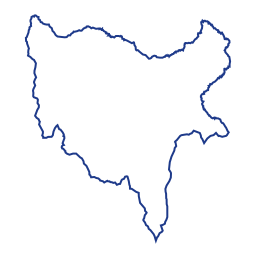 Salamina, Caldas, Colombia
{"feature_id": "7082276B24883943395769", "entity_name": "Salamina", "entity_type": "district", "adm_level": 2, "iso_a3": "COL", "parent_name": "Colombia", "parent_adm1": "Caldas", "projection": "robinson", "projection_center": [-75.386, 5.344], "detail": "fine", "context": "isolated", "style": "outline", "palette": "blue", "viewbox_px": 256, "rotation_deg": 0, "n_neighbors": 0, "source": "geoboundaries", "source_scale": "gbopen_adm2", "svg_char_len": 5683}
<svg xmlns="http://www.w3.org/2000/svg" viewBox="0 0 256 256"><path d="M148.9,58.7L145.6,55.1L142.9,54.5L139.0,51.3L138.4,50.5L137.6,50.1L136.7,50.4L136.2,50.1L135.8,49.3L135.6,46.8L134.5,45.2L134.0,42.5L133.7,42.3L131.9,43.2L127.1,40.6L125.1,39.8L124.1,40.2L123.9,39.0L122.3,38.8L122.3,38.0L121.9,37.2L121.9,36.5L120.8,35.9L120.1,36.5L118.9,36.0L115.9,36.0L114.2,37.5L112.6,36.7L111.6,37.2L110.7,37.1L110.3,36.6L110.6,36.0L110.1,35.4L108.4,35.5L109.1,34.6L109.0,33.9L106.1,33.5L105.9,33.2L106.3,32.4L103.7,31.0L103.0,30.0L102.1,30.0L102.1,28.8L101.2,29.5L100.1,28.5L99.2,29.1L98.9,28.5L96.0,28.8L92.9,27.6L91.3,28.3L90.1,27.2L88.1,26.3L86.7,26.5L86.4,27.4L85.2,27.6L84.8,28.1L83.7,28.4L81.6,30.7L80.2,30.7L79.2,30.2L77.4,31.1L74.3,31.8L73.6,31.6L73.0,32.7L71.2,33.8L70.2,35.4L68.4,35.3L66.7,37.1L64.6,37.3L57.5,36.5L55.7,35.1L54.1,32.4L52.5,30.9L51.8,28.2L49.6,26.5L48.9,24.5L46.9,24.6L44.7,24.2L42.9,23.5L41.8,22.2L40.7,22.1L39.8,19.8L38.9,19.6L38.4,18.9L38.5,17.0L37.3,16.8L35.7,15.4L34.5,15.5L34.1,16.6L32.9,16.2L31.5,17.0L31.4,18.5L30.5,20.1L30.5,21.5L31.1,23.4L30.8,24.8L31.1,26.0L29.5,27.3L29.4,29.3L28.8,30.1L28.5,32.5L26.7,37.2L25.9,37.8L26.1,41.1L27.0,42.0L27.1,43.6L28.9,48.5L28.4,50.0L28.2,52.4L28.5,53.7L28.0,55.6L30.3,56.9L32.5,59.1L34.0,59.9L35.9,63.3L35.4,67.3L34.5,70.7L34.4,73.2L36.1,77.4L35.0,79.3L34.0,82.0L34.1,82.7L35.2,85.5L33.4,89.1L33.0,90.7L33.4,92.9L33.2,96.2L33.8,97.2L37.2,98.5L37.9,99.8L37.5,103.1L38.9,105.2L38.8,107.4L37.3,109.9L35.1,115.8L36.6,117.8L38.6,119.2L39.4,121.2L39.8,121.6L39.1,124.5L42.9,131.5L42.9,133.2L42.2,135.6L43.2,136.6L43.2,137.8L46.3,137.8L48.1,136.9L51.6,136.8L52.8,135.3L53.5,131.6L54.9,128.2L56.5,126.0L57.5,125.2L59.2,129.2L60.5,129.6L62.7,132.4L63.8,134.5L63.4,136.1L64.2,136.3L64.4,138.2L62.6,143.2L63.8,145.0L62.9,145.2L61.9,146.2L61.7,147.3L62.2,148.5L63.2,148.7L64.5,150.1L64.7,150.7L65.4,151.1L65.5,152.5L67.0,153.7L69.5,154.7L73.0,153.6L76.2,153.6L80.2,157.4L81.9,158.4L83.5,161.2L83.9,163.6L86.4,165.8L87.2,167.4L89.3,171.9L89.4,174.6L90.3,175.3L91.1,177.3L94.3,177.0L96.3,178.0L98.3,178.4L99.7,179.6L100.1,180.5L103.0,181.3L104.2,182.5L107.3,180.8L107.9,181.3L109.5,181.3L110.3,182.1L111.8,182.2L113.3,182.9L115.1,182.5L116.9,184.8L118.8,184.0L120.1,183.9L121.5,180.3L122.2,179.5L124.0,178.8L125.1,176.7L126.8,176.3L127.5,176.6L128.8,181.2L129.4,184.9L129.9,185.9L130.0,188.7L131.7,188.8L136.2,191.9L138.7,192.8L138.8,196.2L140.1,202.9L144.8,208.4L145.1,210.9L146.6,212.5L146.4,213.2L144.8,215.2L144.1,218.4L143.4,219.4L143.4,220.4L145.0,222.5L146.1,225.2L147.4,225.9L148.1,226.7L148.7,228.8L150.4,230.1L153.6,234.1L154.6,236.2L155.9,240.6L157.1,237.3L158.0,236.5L159.6,233.2L161.9,231.8L162.7,230.7L160.9,225.4L162.8,224.9L164.9,223.7L165.2,221.9L166.4,219.7L167.3,217.1L167.3,206.3L166.7,204.2L166.6,199.2L166.2,198.3L166.1,193.7L165.6,191.8L165.4,188.9L166.6,185.5L169.3,181.2L170.8,177.6L171.0,173.5L170.8,172.5L169.0,169.6L169.8,162.1L171.5,156.6L174.3,150.6L174.7,148.1L176.2,146.1L175.5,142.5L175.0,141.9L175.2,141.5L176.9,140.0L180.2,135.9L181.4,135.2L184.3,134.7L187.0,134.3L188.8,134.7L190.3,133.7L191.7,133.3L193.7,130.7L199.8,133.0L200.8,135.4L201.1,137.4L202.4,139.2L204.1,143.1L207.3,138.5L210.5,135.9L213.6,135.1L216.0,132.9L218.5,136.0L219.2,135.8L222.2,136.8L226.0,135.9L226.8,135.3L228.7,132.3L227.6,131.0L226.0,127.5L225.3,126.7L224.1,124.6L223.1,123.2L222.1,123.0L221.0,121.7L220.3,119.5L218.2,118.4L216.1,118.3L215.9,118.0L215.5,118.2L215.1,117.8L214.9,118.2L214.5,118.0L214.4,118.5L213.8,117.8L212.5,118.3L211.3,117.6L210.1,116.1L209.2,115.8L209.2,115.2L208.8,115.1L207.6,113.7L207.3,112.8L205.6,111.0L205.0,109.8L204.4,109.8L204.4,109.2L203.9,109.1L204.0,108.8L203.3,107.9L203.5,107.4L203.0,106.8L203.3,106.0L202.5,105.1L202.0,103.9L203.4,101.5L202.3,101.2L201.7,100.3L201.4,99.6L201.7,98.4L201.2,97.8L201.3,97.3L200.9,97.0L200.9,96.0L201.8,94.4L203.3,93.7L203.8,94.1L204.2,93.9L203.8,92.7L204.2,91.7L205.5,91.6L206.6,90.5L208.1,90.1L208.3,87.7L209.0,87.2L209.3,86.4L208.8,85.8L209.8,85.5L210.2,84.0L211.6,84.3L212.8,82.7L215.1,81.5L217.2,79.4L217.9,78.0L218.7,77.6L219.0,78.3L219.3,78.3L220.0,76.5L221.1,77.1L221.3,76.3L221.8,76.7L222.1,76.3L222.7,75.3L222.3,75.0L222.5,74.7L223.5,74.7L223.8,74.3L223.7,73.5L224.2,73.4L224.6,72.2L224.3,70.1L224.4,68.8L224.8,68.7L225.4,69.5L226.0,69.2L226.4,69.4L227.1,68.2L228.1,68.0L228.3,66.5L229.6,66.7L229.6,64.0L230.1,61.4L229.3,56.8L228.1,55.9L228.0,55.2L225.6,52.5L225.3,52.0L225.3,51.1L224.6,50.4L225.4,49.2L225.7,47.6L226.2,47.2L226.7,47.6L227.4,47.2L227.8,46.2L228.5,45.2L228.2,44.2L229.5,42.6L229.4,40.8L227.7,38.9L226.9,39.3L226.1,38.5L225.2,39.2L224.7,39.1L224.0,36.2L223.6,35.8L223.1,34.3L222.2,33.9L222.1,32.7L221.2,32.7L220.7,33.4L220.2,32.6L219.2,32.6L219.1,31.7L218.1,31.8L218.1,30.2L216.5,29.8L215.0,28.2L213.9,28.4L213.2,26.9L212.4,26.4L212.4,25.4L211.9,24.7L211.0,25.0L210.4,23.7L208.5,23.7L208.4,23.2L209.0,22.5L208.3,21.8L207.8,21.8L207.3,21.3L205.9,21.4L204.9,20.7L203.9,20.9L203.4,21.9L202.4,20.7L201.7,22.4L201.2,22.4L201.6,24.7L202.3,25.5L202.0,28.3L200.3,32.1L201.1,32.4L201.2,32.8L200.0,33.4L198.2,33.2L197.9,34.2L198.3,36.5L196.8,37.8L196.6,38.5L195.1,39.3L192.7,42.7L191.8,42.3L190.4,43.2L188.8,42.8L187.8,43.2L185.4,43.0L185.2,43.7L184.7,43.8L184.4,45.3L184.6,46.4L184.2,47.8L183.4,48.8L183.1,50.4L181.8,49.7L180.2,50.7L179.8,50.0L178.6,50.3L178.0,51.4L175.9,51.5L175.8,52.5L174.9,52.2L174.6,52.7L174.0,52.9L173.5,53.9L172.1,54.1L171.7,54.8L170.7,55.0L170.4,55.5L169.8,55.5L169.2,56.4L169.0,55.8L168.1,55.2L167.9,55.9L166.7,55.9L166.2,55.3L165.2,56.1L164.9,56.9L164.1,56.9L162.5,57.7L160.2,57.7L156.7,57.2L155.9,56.0L154.2,55.7L152.1,56.7L151.3,57.9L149.9,58.6L148.9,58.7Z" fill="none" stroke="#1e3a8a" stroke-width="2"/></svg>